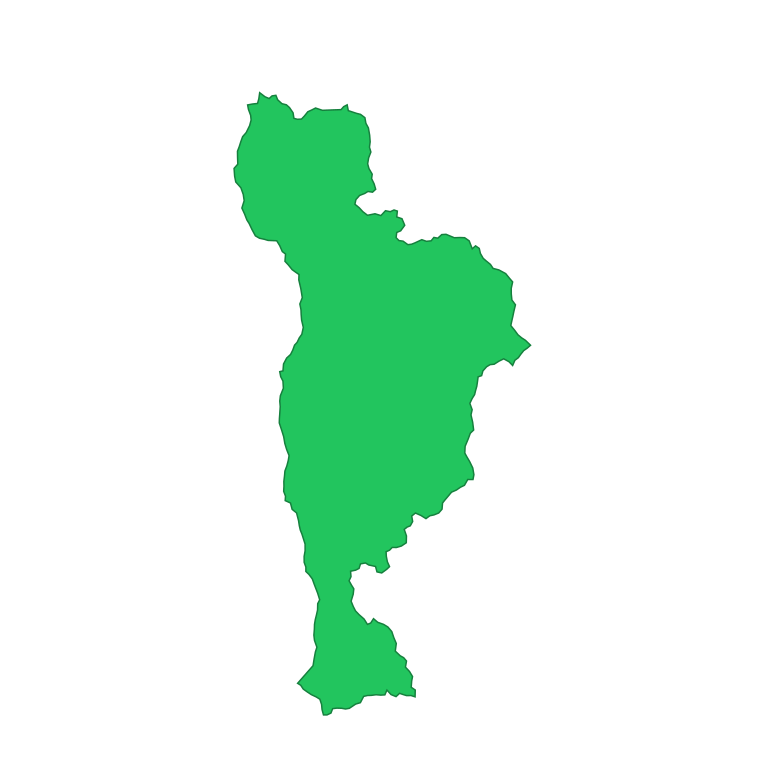 Monte Castelo, Santa Catarina, Brazil (Equal Earth projection), rotated 167°
{"feature_id": "56859067B21045936175667", "entity_name": "Monte Castelo", "entity_type": "district", "adm_level": 2, "iso_a3": "BRA", "parent_name": "Brazil", "parent_adm1": "Santa Catarina", "projection": "equal_earth", "projection_center": [-50.286, -26.651], "detail": "fine", "context": "isolated", "style": "filled", "palette": "green", "viewbox_px": 768, "rotation_deg": 167, "n_neighbors": 0, "source": "geoboundaries", "source_scale": "gbopen_adm2", "svg_char_len": 4360}
<svg xmlns="http://www.w3.org/2000/svg" viewBox="0 0 768 768"><g transform="rotate(167 384 384)"><path d="M263.7,498.0L267.6,495.9L268.8,504.3L272.5,508.4L276.9,509.6L282.6,510.7L289.9,515.9L294.1,516.6L298.8,514.0L302.4,515.6L305.9,512.9L310.6,513.5L314.7,516.1L322.4,514.5L325.7,514.0L329.4,514.4L333.3,518.9L337.2,520.4L339.3,523.9L337.5,528.8L333.3,529.5L328.1,534.0L329.3,541.0L334.0,543.9L332.1,549.5L335.1,551.3L339.1,550.5L343.6,552.5L349.1,548.8L354.5,551.9L362.1,552.1L365.8,556.6L368.5,561.3L371.9,565.7L369.9,570.0L365.4,573.2L359.9,574.0L356.4,575.2L352.0,573.5L348.3,575.6L348.6,581.2L349.9,586.9L348.3,591.1L350.2,597.3L350.4,602.2L348.1,607.8L344.6,613.0L344.9,618.0L343.0,623.1L342.0,629.7L341.6,637.0L343.0,642.1L342.7,647.8L346.2,652.0L349.9,653.9L357.3,658.4L357.1,664.3L360.9,663.3L364.1,661.0L367.8,661.7L372.9,662.7L382.4,664.5L388.6,668.3L392.6,667.3L397.0,666.4L401.3,663.0L404.8,660.7L408.8,661.4L412.0,663.1L411.6,668.7L413.9,674.6L416.3,678.0L420.4,680.1L423.7,684.9L424.4,689.6L428.3,689.9L431.7,688.0L435.3,690.6L439.6,695.8L441.8,690.1L444.1,685.8L449.2,686.4L454.1,686.6L454.3,682.1L453.5,675.8L454.1,671.1L456.8,666.0L461.7,660.0L466.1,656.8L468.9,652.5L471.8,647.6L474.4,643.8L475.7,637.8L477.0,631.1L481.6,627.8L482.8,620.1L483.0,614.2L479.3,607.4L478.5,600.4L479.0,594.1L482.9,587.4L481.6,581.0L480.7,574.7L479.3,570.7L477.9,564.3L476.0,557.3L472.5,554.0L468.0,551.9L464.7,550.0L460.7,548.9L456.3,547.7L454.5,542.3L453.3,535.9L450.7,532.8L452.9,525.8L450.5,521.7L447.8,516.1L445.0,512.9L442.2,509.8L443.6,504.6L443.6,495.7L444.2,486.5L448.0,480.9L448.2,475.0L449.1,470.2L449.9,464.8L449.9,457.3L452.9,450.9L456.1,448.1L459.3,444.1L462.4,442.0L465.3,437.5L468.4,433.8L473.0,431.2L477.4,426.1L479.5,419.5L482.8,419.5L483.0,414.3L481.8,409.6L483.0,402.5L487.6,395.9L489.4,390.8L490.2,385.3L492.4,378.0L493.7,373.8L494.8,369.6L494.1,362.0L493.6,355.2L494.0,348.4L493.6,342.3L492.6,335.6L494.5,331.0L497.0,326.2L500.1,321.5L501.7,316.6L503.5,311.6L504.5,306.8L505.9,302.0L505.2,296.9L506.5,292.6L501.9,289.1L501.7,282.5L498.2,278.1L498.0,270.0L498.4,264.8L498.4,260.5L497.7,256.0L496.9,245.8L498.4,239.2L500.6,234.0L501.9,228.2L501.3,223.2L502.3,218.9L500.0,215.4L497.7,210.2L497.0,204.3L495.7,195.1L495.2,188.2L498.0,184.9L499.6,178.7L501.9,173.9L503.9,170.0L505.8,165.4L507.0,160.8L508.8,155.1L509.4,149.9L508.6,142.6L511.1,138.4L514.0,131.7L516.5,125.5L535.5,111.8L532.9,109.2L531.3,104.9L528.2,101.4L524.7,97.7L520.4,94.3L517.4,91.3L516.9,85.8L517.6,80.7L517.4,75.2L513.9,74.4L509.7,75.3L507.1,79.2L502.9,78.8L498.3,77.6L494.6,76.0L490.7,75.8L487.3,77.1L483.6,78.5L478.7,78.8L474.1,84.2L470.1,84.2L466.6,83.5L461.6,83.0L457.2,81.6L453.1,80.9L450.0,85.1L447.0,79.8L442.6,76.7L438.4,79.1L435.2,77.1L432.1,75.3L427.8,74.4L424.1,72.2L422.4,78.8L425.7,82.4L423.8,88.5L422.0,92.5L423.8,98.1L426.8,103.3L424.4,109.0L426.4,112.9L429.4,115.6L433.1,121.2L430.4,128.4L431.5,134.7L432.1,141.0L434.9,146.4L438.5,149.9L443.7,153.2L447.0,157.7L450.7,154.1L454.2,153.5L456.3,159.5L460.2,164.9L462.8,169.3L464.0,174.1L464.9,179.8L461.3,186.1L459.5,191.2L460.9,195.3L462.3,200.1L459.5,203.7L458.7,209.1L453.5,209.0L449.8,209.9L447.4,214.0L442.3,213.8L439.6,211.1L436.6,209.7L433.3,208.1L433.1,202.5L428.7,200.4L422.9,202.9L419.7,204.8L420.7,210.0L420.5,215.6L419.7,220.1L416.0,220.8L412.8,222.9L408.7,221.9L403.5,222.2L398.0,224.3L396.3,230.9L397.0,237.8L393.6,239.4L390.3,239.9L387.0,243.6L386.7,249.1L382.4,251.2L377.6,247.6L373.4,243.4L369.0,245.3L364.8,245.2L359.7,246.0L355.6,249.0L353.7,254.9L350.7,257.3L347.2,259.9L342.6,263.4L337.3,264.4L332.8,266.2L328.4,267.2L323.9,272.1L318.8,270.9L316.8,275.4L316.4,282.2L318.0,289.2L319.6,294.2L320.8,298.5L319.0,305.0L314.2,311.7L311.0,316.6L307.0,319.0L306.2,326.9L306.2,334.3L303.9,339.1L304.7,345.8L301.4,350.0L298.1,353.3L296.2,357.1L294.1,360.9L292.3,365.5L290.7,369.8L287.0,370.2L284.7,374.5L280.2,377.7L276.3,379.0L272.2,378.5L266.8,380.4L261.7,381.6L257.2,377.6L254.5,373.1L251.1,377.7L247.2,379.4L244.3,382.0L240.4,385.1L236.4,386.7L232.5,388.8L236.4,394.8L239.5,398.0L242.4,401.8L244.5,406.7L247.3,412.4L245.0,417.3L243.3,420.8L241.1,425.6L238.1,431.6L240.5,437.1L239.7,443.2L238.5,448.6L235.7,454.5L238.1,459.1L240.6,464.2L246.4,469.3L251.7,472.1L253.4,476.6L256.9,481.1L259.1,484.2L260.7,489.5L260.7,494.7L263.7,498.0Z" fill="#22c55e" stroke="#15803d" stroke-width="1.5"/></g></svg>